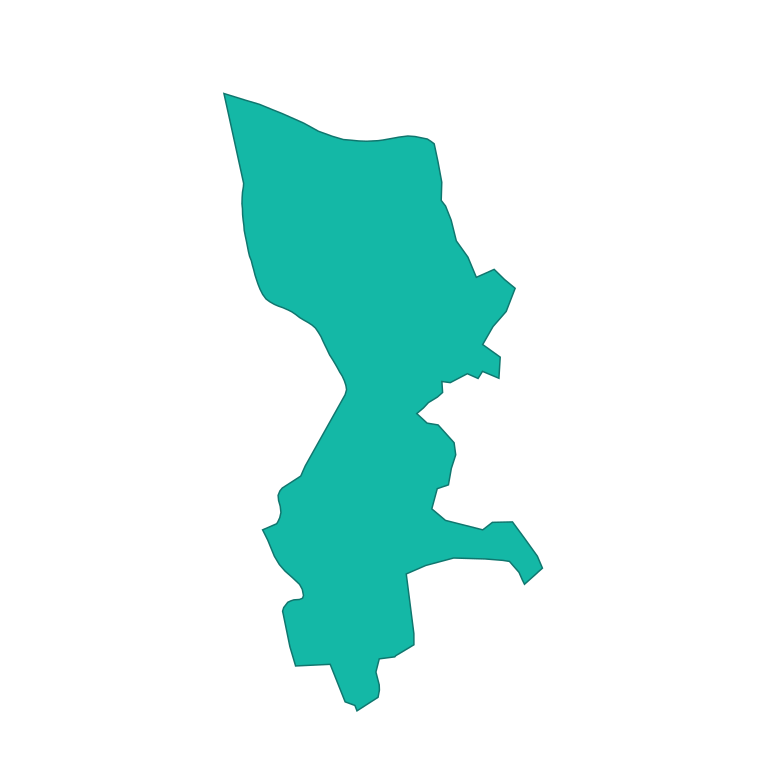 Adh Dhahir, Sa`dah, Yemen, rotated 169°
{"feature_id": "15242507B71517716844752", "entity_name": "Adh Dhahir", "entity_type": "district", "adm_level": 2, "iso_a3": "YEM", "parent_name": "Yemen", "parent_adm1": "Sa`dah", "projection": "albers", "projection_center": [43.291, 16.739], "detail": "fine", "context": "isolated", "style": "filled", "palette": "teal", "viewbox_px": 768, "rotation_deg": 169, "n_neighbors": 0, "source": "geoboundaries", "source_scale": "gbopen_adm2", "svg_char_len": 2469}
<svg xmlns="http://www.w3.org/2000/svg" viewBox="0 0 768 768"><g transform="rotate(169 384 384)"><path d="M485.7,699.7L485.1,676.4L483.5,607.7L484.4,604.4L486.3,599.3L487.7,594.0L488.8,589.0L489.0,588.3L489.3,585.3L489.5,583.0L490.5,577.1L491.0,571.5L491.3,566.3L491.9,561.5L491.9,556.5L491.9,555.7L491.8,550.4L491.8,546.1L491.8,545.3L491.8,544.1L491.8,540.0L491.6,535.0L490.7,530.3L490.7,530.0L490.5,525.6L490.1,521.1L489.8,515.5L489.2,510.5L488.6,506.0L487.6,500.7L486.0,495.1L485.1,493.2L483.6,490.0L480.5,486.6L476.7,483.3L475.3,482.3L472.8,480.6L468.5,478.1L464.8,475.5L464.4,475.3L460.8,472.5L457.4,469.1L454.2,465.4L450.7,462.2L446.7,458.8L443.4,455.6L440.6,452.0L438.5,447.1L436.8,442.5L435.7,437.7L434.4,432.7L433.2,428.4L433.2,428.2L431.8,422.8L430.0,418.3L428.1,413.1L426.6,408.7L425.2,404.2L423.5,399.8L422.3,394.8L421.7,390.1L421.7,388.8L421.8,386.6L421.8,386.0L421.9,385.4L424.2,380.9L476.8,318.8L480.2,314.0L482.0,311.3L483.3,309.5L503.7,301.3L506.6,298.9L509.2,294.9L509.7,289.8L509.2,283.8L509.7,277.5L511.8,272.7L514.7,268.7L516.1,267.3L531.0,264.0L527.9,252.9L526.4,245.4L524.5,235.9L521.2,226.8L516.9,219.3L510.9,211.5L505.1,203.4L503.4,198.0L503.4,191.7L504.8,189.3L508.0,188.6L513.7,189.3L516.9,188.9L520.1,188.1L525.1,183.7L526.9,180.3L526.8,176.0L526.8,174.8L526.8,174.6L526.5,144.1L524.6,124.4L524.6,124.1L490.3,119.1L482.8,79.4L473.9,74.0L472.9,68.3L449.6,77.6L446.9,84.4L446.1,89.6L446.9,102.8L441.1,115.1L425.5,114.1L424.2,115.1L404.4,122.3L402.3,133.3L398.4,193.3L377.6,197.9L348.8,199.9L326.7,194.9L318.2,193.0L301.0,188.2L294.7,185.9L287.4,173.3L285.6,165.3L284.3,160.6L269.7,169.3L269.0,169.8L268.3,170.2L263.6,173.0L266.3,185.7L275.3,205.3L284.2,224.1L304.0,227.5L314.9,222.0L349.7,238.4L360.9,252.3L351.7,271.1L340.0,272.7L334.0,288.3L327.1,300.8L326.4,313.0L338.7,333.5L349.2,337.4L354.6,344.8L357.5,348.7L349.8,353.0L343.9,357.3L334.0,361.0L328.1,364.5L326.7,375.4L318.7,372.7L300.2,378.2L290.6,371.5L284.9,377.6L270.1,367.7L264.8,388.2L279.6,403.9L266.0,419.6L250.2,431.9L237.0,452.9L245.7,463.5L254.0,475.5L273.0,471.1L277.4,492.5L285.7,510.7L286.8,532.0L289.6,546.9L292.8,553.3L288.8,571.0L288.6,591.6L288.9,610.2L291.7,613.3L294.7,616.2L306.3,621.0L313.3,622.9L320.9,623.4L322.6,623.5L325.2,623.5L338.6,623.7L343.5,624.0L354.7,625.6L362.4,627.4L370.1,629.7L377.2,631.7L387.6,637.1L400.1,644.6L412.9,655.3L432.2,668.8L441.5,674.8L452.9,682.3L465.8,689.0L485.7,699.7Z" fill="#14b8a6" stroke="#0f766e" stroke-width="1.5"/></g></svg>